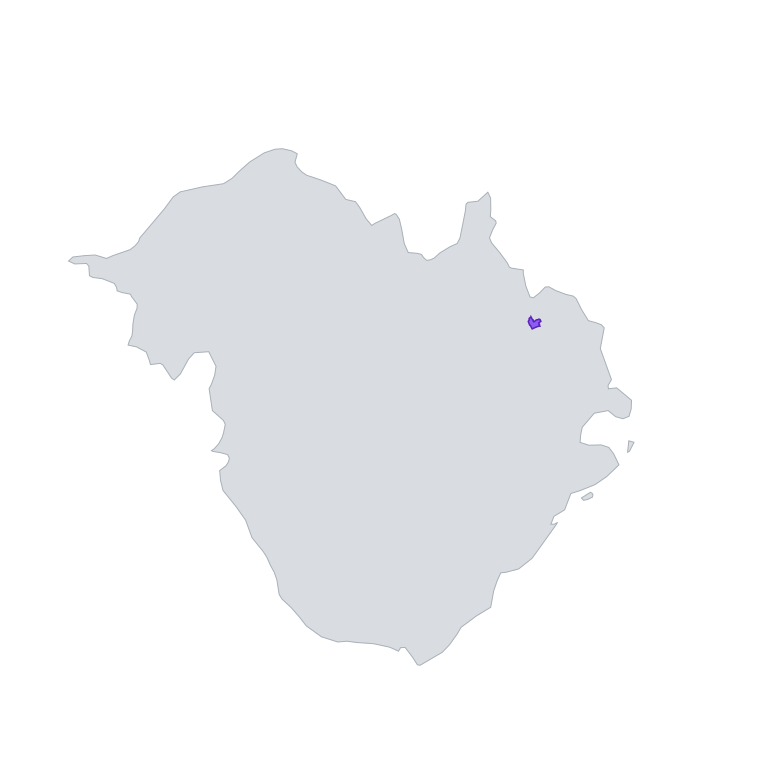 Doun Kaev, Takêv, Cambodia (highlighted), rotated 242°
{"feature_id": "14789045B36227834850403", "entity_name": "Doun Kaev", "entity_type": "district", "adm_level": 2, "iso_a3": "KHM", "parent_name": "Cambodia", "parent_adm1": "Takêv", "projection": "mercator", "projection_center": [104.801, 10.986], "detail": "fine", "context": "in_parent", "style": "filled", "palette": "violet", "viewbox_px": 768, "rotation_deg": 242, "n_neighbors": 0, "source": "geoboundaries", "source_scale": "gbopen_adm2", "svg_char_len": 4375}
<svg xmlns="http://www.w3.org/2000/svg" viewBox="0 0 768 768"><g transform="rotate(242 384 384)"><path d="M640.7,163.2L642.2,168.9L638.0,179.7L633.5,189.5L625.1,198.0L624.7,204.3L621.8,223.1L622.9,229.1L624.9,234.2L627.6,236.9L634.9,255.3L641.6,272.0L648.1,285.6L649.3,294.3L643.3,316.2L636.2,336.3L636.9,346.3L639.9,356.4L643.1,369.7L644.3,386.8L642.5,397.9L639.4,404.8L633.3,411.9L628.0,415.5L621.6,409.5L616.6,409.2L609.8,411.0L604.5,413.8L593.6,424.2L581.6,434.3L564.9,436.9L558.4,444.4L551.5,445.4L538.3,445.8L529.7,447.6L530.1,451.3L529.4,469.1L529.5,473.3L528.2,474.4L522.2,474.9L512.1,472.2L498.5,467.8L488.7,467.1L483.7,474.8L480.8,477.9L477.1,478.3L473.2,479.7L471.9,483.1L471.6,487.5L473.5,494.9L474.2,506.6L473.7,514.6L477.3,519.7L498.1,536.7L504.3,540.9L505.0,543.4L501.3,552.7L504.6,565.7L498.1,565.4L487.1,559.8L481.9,556.4L475.6,559.2L473.4,558.6L469.1,552.3L463.5,545.7L457.8,545.3L445.6,547.9L433.2,549.7L428.5,549.6L426.6,550.8L419.3,560.5L416.3,558.9L403.8,555.2L392.3,553.8L390.0,556.3L391.4,564.2L393.9,571.9L392.4,575.2L386.1,579.3L377.8,586.6L372.8,592.3L369.2,593.7L356.6,593.4L344.0,594.2L339.0,599.5L334.3,603.7L330.2,604.8L313.7,591.6L281.1,586.9L277.5,581.1L274.4,579.9L271.4,587.6L253.4,594.9L245.9,590.5L240.4,585.1L241.2,578.6L246.4,573.2L255.3,569.4L259.5,555.9L252.7,538.7L246.7,533.7L240.4,529.7L233.8,536.1L228.3,547.1L222.5,552.7L214.3,554.0L202.3,553.5L197.7,537.2L196.1,523.1L197.8,507.1L199.6,497.6L188.1,484.4L187.4,471.9L181.8,465.5L180.2,468.8L180.4,472.3L178.8,469.7L160.6,433.0L157.5,416.0L160.6,402.9L162.5,398.5L157.2,391.6L149.8,383.7L136.8,373.4L135.9,357.1L133.0,337.9L129.0,331.4L123.1,319.6L119.8,309.7L118.7,283.8L120.4,281.7L129.6,280.9L141.5,279.0L143.4,274.8L141.3,271.4L148.9,265.5L159.8,252.6L168.2,239.1L174.3,230.5L177.9,222.1L190.1,210.1L207.0,201.8L218.5,199.8L230.4,197.0L241.8,193.0L247.3,192.6L261.5,197.5L269.1,198.7L277.2,198.6L285.6,199.2L292.8,198.7L310.2,195.3L328.7,197.9L345.2,195.8L365.6,191.9L375.6,194.4L384.7,198.3L386.0,206.2L388.1,209.9L391.1,212.7L395.2,212.7L400.4,207.1L404.7,201.4L406.2,200.4L406.4,203.2L408.5,209.4L412.4,215.5L416.3,219.5L422.9,224.9L427.2,225.1L441.1,220.0L462.0,227.4L464.5,231.1L471.2,238.6L478.5,244.0L494.8,244.4L500.7,231.1L497.8,223.1L488.5,209.0L486.0,200.7L489.0,199.2L504.7,197.7L507.3,196.0L510.8,186.9L515.0,187.9L523.8,189.1L533.0,182.9L538.5,176.3L541.5,179.3L544.7,183.9L548.3,186.6L554.9,190.5L562.2,196.1L566.8,201.5L570.4,203.6L579.8,202.1L582.3,202.3L587.7,195.7L591.5,192.1L594.8,193.2L599.5,193.1L609.3,184.6L614.8,176.9L617.9,174.8L626.6,178.7L630.1,177.9L635.2,167.3L640.7,163.2ZM191.5,515.5L189.7,516.5L188.1,516.5L186.3,515.0L186.5,509.1L187.7,505.5L190.7,504.8L191.5,515.5ZM218.9,573.5L215.2,577.4L209.4,569.3L209.4,567.0L218.9,573.5Z" fill="#d9dde1" stroke="#a8b0b8" stroke-width="1"/><path d="M371.4,540.7L368.0,540.3L367.9,540.3L367.7,540.3L367.6,540.5L367.4,540.5L367.2,540.5L366.8,540.6L366.7,540.7L366.5,540.8L365.7,540.7L365.4,540.7L365.2,540.7L364.3,540.7L363.7,540.7L363.3,540.7L363.1,540.7L363.1,541.0L363.0,541.6L363.0,542.1L363.0,542.6L362.9,543.2L362.9,543.6L362.9,544.1L362.9,544.3L362.9,544.5L362.8,544.9L362.8,545.1L362.7,545.4L362.7,545.6L362.7,546.2L362.6,546.6L362.6,546.9L362.5,547.0L362.3,547.7L362.1,548.3L361.9,548.7L362.4,548.7L362.5,548.7L362.6,548.8L362.7,548.7L362.8,548.7L363.0,548.8L363.4,548.8L363.5,548.8L363.5,549.0L363.6,549.3L363.8,549.3L364.4,549.2L364.5,549.2L365.3,549.3L365.3,549.6L365.3,549.8L365.6,551.8L365.7,552.0L365.8,552.0L365.9,551.9L366.1,551.9L366.4,551.8L366.5,552.0L366.9,552.0L367.3,552.0L367.5,552.0L367.8,552.0L367.9,551.9L367.9,551.7L368.0,551.7L368.3,551.5L368.3,551.4L368.5,551.3L368.6,551.1L368.5,550.9L368.5,550.7L368.6,550.3L368.6,550.2L368.7,549.8L368.7,549.7L368.8,549.4L368.9,549.2L369.0,548.9L369.0,548.5L369.0,548.2L369.0,547.7L368.9,547.5L368.9,547.3L368.9,547.1L368.8,546.9L368.7,546.7L368.5,546.4L368.6,546.2L368.6,545.9L368.6,545.6L368.7,545.3L369.4,545.3L369.5,545.3L369.7,545.5L369.8,545.5L370.0,545.6L370.4,545.8L370.5,545.7L370.6,545.4L372.4,545.3L374.4,545.3L374.3,545.2L374.2,545.0L374.1,544.9L374.0,544.7L374.0,544.4L373.9,544.2L374.0,543.9L373.9,543.6L373.9,543.3L373.7,543.1L373.5,542.9L373.3,542.6L373.0,542.6L372.8,542.5L372.6,542.3L372.4,542.2L372.2,542.2L372.0,541.5L371.9,541.2L371.5,540.8L371.4,540.7Z" fill="#8b5cf6" stroke="#5b21b6" stroke-width="1.5"/></g></svg>